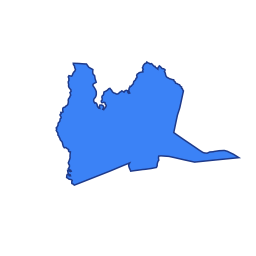 outline of Monção, Maranhão, Brazil, rotated 148°
{"feature_id": "56859067B17322500216026", "entity_name": "Monção", "entity_type": "district", "adm_level": 2, "iso_a3": "BRA", "parent_name": "Brazil", "parent_adm1": "Maranhão", "projection": "robinson", "projection_center": [-45.311, -3.479], "detail": "fine", "context": "isolated", "style": "filled", "palette": "blue", "viewbox_px": 256, "rotation_deg": 148, "n_neighbors": 0, "source": "geoboundaries", "source_scale": "gbopen_adm2", "svg_char_len": 4116}
<svg xmlns="http://www.w3.org/2000/svg" viewBox="0 0 256 256"><g transform="rotate(148 128 128)"><path d="M140.1,211.9L140.7,210.7L140.5,209.1L141.2,207.5L141.5,205.5L143.0,204.4L144.2,204.2L145.8,203.4L147.1,202.4L148.3,201.8L149.3,202.7L150.3,203.7L151.6,203.0L151.9,201.3L153.0,199.6L154.3,198.8L154.8,197.7L155.4,196.1L156.1,195.3L156.5,194.3L156.5,192.4L156.2,190.7L157.0,189.1L158.4,188.9L158.8,187.5L159.2,186.2L160.4,185.6L161.2,184.9L162.4,184.5L163.2,184.1L164.1,183.1L164.7,181.8L165.6,180.8L166.5,179.9L167.5,179.5L169.2,179.5L170.5,179.1L171.6,179.5L172.6,179.4L173.3,178.7L174.0,177.6L174.5,176.1L175.8,176.2L176.7,176.8L177.1,175.5L178.4,175.5L178.9,174.5L178.8,173.2L179.3,172.0L180.6,171.8L181.4,170.8L182.2,169.9L183.2,169.5L184.5,169.2L185.3,168.3L185.8,167.5L187.2,166.6L188.9,166.1L188.9,164.9L190.1,164.1L190.2,162.6L190.1,161.2L190.5,160.2L191.2,159.1L190.9,157.6L191.3,156.5L191.2,155.4L191.7,154.0L191.3,151.4L191.4,150.4L192.2,148.2L192.6,146.6L192.5,145.0L191.0,144.3L190.6,143.0L189.8,141.2L190.6,140.1L190.4,138.9L189.5,138.3L190.5,137.0L191.4,135.9L192.2,134.7L192.9,133.4L193.9,132.5L194.9,131.7L195.9,130.9L197.0,130.2L197.4,129.1L197.3,127.7L198.2,126.2L199.1,125.6L200.1,125.2L199.8,123.8L201.6,124.2L202.4,122.4L202.6,121.3L203.0,120.2L204.3,120.8L205.2,120.0L206.3,118.5L205.6,117.2L205.1,115.8L204.4,115.2L203.5,114.3L203.1,113.1L204.2,112.2L205.0,110.7L204.3,109.6L203.8,108.0L166.0,101.0L151.8,98.7L145.1,97.5L147.0,96.4L147.7,94.8L148.1,93.1L148.3,91.4L148.6,90.0L146.8,89.2L139.3,85.8L137.5,85.0L136.0,84.2L134.3,83.4L129.6,81.3L124.8,79.5L123.3,80.5L122.6,81.6L121.5,82.8L120.3,83.8L118.9,84.4L118.4,85.7L117.8,86.8L116.9,87.9L114.9,87.0L112.7,85.4L108.3,82.2L103.9,77.9L97.4,71.4L89.6,63.8L71.9,55.1L49.7,44.1L52.5,49.9L54.3,52.7L56.1,55.6L58.2,57.9L62.7,60.4L67.3,62.4L68.5,62.8L71.3,64.3L74.2,64.7L76.2,66.2L77.4,67.5L79.4,71.7L81.3,76.1L86.8,88.5L90.1,96.2L91.6,99.9L85.0,106.8L79.3,112.7L74.3,116.9L73.0,118.1L61.3,130.1L61.4,131.1L61.1,132.4L61.5,133.3L60.8,134.3L61.4,135.5L61.4,137.3L62.4,138.6L63.0,139.9L63.9,140.8L63.6,142.2L64.0,143.6L63.7,144.7L64.9,145.7L65.9,147.0L66.7,147.8L67.3,149.1L67.9,149.9L68.2,151.0L68.2,152.0L67.9,153.3L67.3,154.8L67.2,156.6L66.3,157.0L65.7,157.9L66.4,159.3L67.6,160.4L67.8,161.6L68.0,162.9L68.5,164.1L69.6,163.6L70.9,163.1L71.5,162.2L72.0,163.7L72.7,165.0L72.4,165.9L73.2,166.6L73.5,167.8L73.7,169.4L74.2,170.4L75.3,170.6L75.8,171.8L76.6,172.7L77.1,174.0L78.3,173.3L79.3,173.7L80.6,173.4L81.9,172.9L82.7,172.1L83.9,171.4L83.9,169.8L85.0,169.2L85.6,167.7L86.8,168.2L88.2,168.7L89.2,169.0L90.3,168.8L91.7,168.8L92.8,168.0L93.2,166.8L93.8,165.9L94.9,165.9L95.6,165.2L96.5,164.7L97.5,164.6L98.5,164.3L99.3,163.5L100.3,162.6L102.0,162.2L103.2,161.7L104.2,162.3L104.8,161.5L106.0,161.2L106.5,160.2L107.6,159.7L107.8,158.2L108.0,156.7L108.9,156.9L109.3,158.1L108.9,159.0L108.8,160.0L109.5,160.9L110.9,161.1L112.4,160.5L112.8,161.5L113.6,162.8L115.0,162.5L116.3,162.7L117.7,162.2L118.9,162.4L119.8,162.9L120.5,164.2L121.6,165.5L122.1,167.1L121.9,168.6L122.2,169.9L122.3,171.2L123.3,171.5L124.2,171.3L125.5,171.0L126.9,171.0L128.2,171.1L129.2,171.3L130.1,170.4L130.8,169.5L131.7,169.0L132.8,168.9L133.8,168.1L134.3,166.6L135.3,165.3L136.4,165.1L136.8,164.2L136.7,163.2L135.8,162.9L134.9,162.7L134.1,161.8L134.6,160.5L134.5,159.5L134.6,158.5L135.4,157.8L136.6,157.2L137.7,157.1L138.9,156.4L139.5,157.2L138.2,158.0L137.3,159.0L137.5,160.5L138.4,161.7L139.9,162.4L141.0,161.1L141.5,159.6L142.3,160.4L142.4,161.7L142.4,163.0L141.9,163.9L141.7,165.3L142.0,166.5L142.9,166.6L143.0,168.1L142.7,169.3L142.0,170.3L140.9,170.9L139.8,171.2L138.8,171.7L137.9,172.4L137.2,173.1L136.3,174.5L135.6,175.8L135.3,177.5L135.2,179.2L135.2,180.8L135.3,182.5L134.5,183.6L132.9,183.8L131.7,183.6L130.7,183.6L129.8,187.3L129.3,188.4L128.6,190.0L129.0,191.9L128.9,192.9L128.2,194.3L126.8,196.2L129.1,200.3L129.3,204.3L131.2,205.6L133.8,207.5L135.4,208.7L140.1,211.9ZM199.8,123.8L199.0,122.5L199.1,121.4L200.0,121.6L200.6,122.6L199.8,123.8ZM203.0,120.2L201.8,118.9L202.1,117.9L203.2,118.6L203.0,120.2Z" fill="#3b82f6" stroke="#1e3a8a" stroke-width="1.5"/></g></svg>